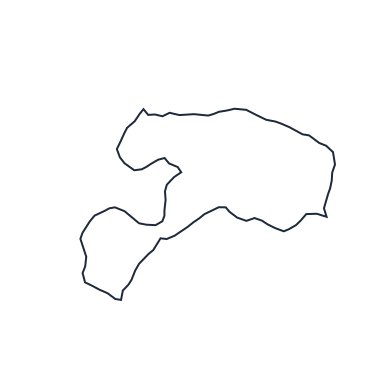 outline of Agia Trias, Cyprus, rotated 146°
{"feature_id": "46923920B13972666362047", "entity_name": "Agia Trias", "entity_type": "district", "adm_level": 2, "iso_a3": "CYP", "parent_name": "Cyprus", "parent_adm1": "", "projection": "equal_earth", "projection_center": [34.248, 35.534], "detail": "fine", "context": "isolated", "style": "outline", "palette": "slate", "viewbox_px": 384, "rotation_deg": 146, "n_neighbors": 0, "source": "geoboundaries", "source_scale": "gbopen_adm2", "svg_char_len": 1486}
<svg xmlns="http://www.w3.org/2000/svg" viewBox="0 0 384 384"><g transform="rotate(146 192 192)"><path d="M97.3,99.9L94.3,96.2L91.7,104.7L84.9,110.4L80.1,114.4L75.4,117.8L69.6,123.5L64.9,129.7L58.1,134.8L52.8,146.2L54.9,155.3L59.1,161.5L63.3,173.5L68.1,178.0L71.7,184.9L74.9,191.1L79.6,198.5L83.3,203.6L90.1,210.4L95.4,219.5L101.1,229.8L110.1,237.2L117.4,240.0L124.8,243.4L130.5,244.6L135.8,246.3L146.8,255.4L159.4,262.8L166.3,270.2L174.1,271.3L179.4,277.0L185.2,280.4L185.9,287.8L191.5,286.1L199.9,282.7L209.9,281.5L215.1,278.7L222.5,274.1L230.3,269.6L232.4,261.1L231.9,253.7L227.7,242.3L220.9,238.9L215.6,238.3L210.4,238.3L202.0,237.7L195.7,235.5L195.1,228.6L189.9,220.7L189.9,214.4L198.3,214.4L203.6,213.3L208.8,212.1L214.1,207.6L218.3,200.2L225.1,192.2L228.2,187.7L233.0,184.3L240.8,184.9L248.2,190.5L253.4,195.7L255.5,203.0L258.7,213.9L264.5,222.4L269.7,224.7L275.0,225.2L286.0,226.9L293.4,224.7L298.6,222.4L305.4,219.5L310.7,215.6L313.3,206.5L315.9,197.4L322.2,190.0L328.0,186.0L331.2,176.9L327.5,170.6L323.3,162.7L318.6,155.3L315.4,146.2L311.2,142.2L304.4,149.0L296.5,150.7L291.3,153.0L282.9,158.7L276.0,162.1L262.4,165.0L256.6,165.5L244.0,171.2L239.3,167.2L230.9,165.5L225.6,165.5L215.1,165.5L207.8,166.1L200.9,166.1L194.1,166.7L178.3,164.4L172.6,160.4L172.0,154.7L168.9,145.6L163.1,137.7L154.7,135.4L150.0,129.1L147.4,122.9L143.2,115.5L137.9,108.1L132.7,107.0L124.3,106.4L118.0,107.5L109.6,109.8L100.6,104.1L97.3,99.9Z" fill="none" stroke="#1e293b" stroke-width="2"/></g></svg>